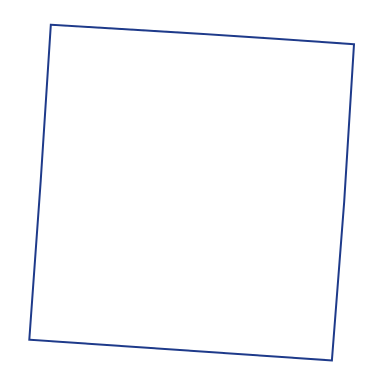 the district of Ionia, Michigan, United States of America, rotated 94°
{"feature_id": "52423323B19907423644916", "entity_name": "Ionia", "entity_type": "district", "adm_level": 2, "iso_a3": "USA", "parent_name": "United States of America", "parent_adm1": "Michigan", "projection": "equal_earth", "projection_center": [-85.158, 42.945], "detail": "fine", "context": "isolated", "style": "outline", "palette": "blue", "viewbox_px": 384, "rotation_deg": 94, "n_neighbors": 0, "source": "geoboundaries", "source_scale": "gbopen_adm2", "svg_char_len": 275}
<svg xmlns="http://www.w3.org/2000/svg" viewBox="0 0 384 384"><g transform="rotate(94 192 192)"><path d="M33.3,40.7L33.3,118.2L33.6,192.8L35.0,344.5L192.2,343.7L350.7,344.0L350.3,40.7L191.6,39.5L112.6,40.1L33.3,40.7Z" fill="none" stroke="#1e3a8a" stroke-width="2"/></g></svg>